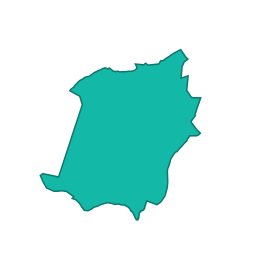 Jos East, Plateau, Nigeria, rotated 204°
{"feature_id": "59680162B89640587380951", "entity_name": "Jos East", "entity_type": "district", "adm_level": 2, "iso_a3": "NGA", "parent_name": "Nigeria", "parent_adm1": "Plateau", "projection": "robinson", "projection_center": [9.087, 9.867], "detail": "fine", "context": "isolated", "style": "filled", "palette": "teal", "viewbox_px": 256, "rotation_deg": 204, "n_neighbors": 0, "source": "geoboundaries", "source_scale": "gbopen_adm2", "svg_char_len": 2310}
<svg xmlns="http://www.w3.org/2000/svg" viewBox="0 0 256 256"><g transform="rotate(204 128 128)"><path d="M196.2,138.3L185.0,137.4L179.2,130.7L178.5,123.7L175.9,97.9L173.8,77.9L171.5,55.1L187.3,51.6L188.8,48.9L184.4,45.0L184.2,44.7L178.1,40.1L170.0,40.1L166.8,41.5L165.0,42.6L162.2,44.0L158.2,45.0L149.6,43.2L150.3,41.0L148.2,41.1L146.4,41.2L145.5,40.9L143.6,40.2L141.8,39.5L140.7,38.7L139.2,37.9L138.0,37.0L137.9,36.9L136.7,36.2L134.7,35.1L133.0,35.4L130.7,36.3L128.9,38.5L128.1,39.7L127.4,40.9L126.5,42.2L124.5,43.7L124.1,44.1L123.2,45.1L122.8,45.7L122.1,46.5L121.3,47.3L119.4,49.0L117.9,50.2L116.6,51.4L113.0,52.3L112.6,52.4L111.7,52.6L109.4,52.7L109.2,52.7L107.6,53.7L106.8,54.1L105.2,54.8L103.5,54.9L100.3,56.0L97.9,56.1L95.3,55.7L93.2,54.8L91.7,53.4L89.8,52.9L88.6,52.2L87.4,51.2L85.0,49.0L83.1,47.6L82.7,48.1L82.4,48.2L82.0,48.3L81.7,48.1L81.5,48.5L81.7,49.1L82.1,49.4L81.9,50.0L81.6,50.4L81.7,50.9L82.2,51.4L82.2,52.3L82.4,53.0L82.7,53.4L83.0,54.1L82.8,56.0L82.3,56.7L82.4,57.2L82.5,57.7L82.2,57.8L81.7,57.9L81.3,58.4L80.9,58.9L80.6,59.2L80.6,60.0L80.4,60.1L80.2,60.7L80.4,60.9L80.2,61.2L80.3,62.1L80.6,62.7L80.9,63.2L80.6,63.4L81.2,69.0L80.0,69.1L70.4,69.7L68.1,73.5L67.4,76.4L66.7,80.2L66.8,83.0L67.9,89.5L68.8,92.2L69.0,92.8L69.8,95.0L72.5,100.5L74.3,104.2L75.2,106.9L75.4,111.6L76.4,117.2L75.8,121.0L75.1,124.7L73.5,126.7L72.8,129.5L72.3,131.2L71.5,133.0L70.6,136.2L69.1,140.0L69.2,141.9L68.5,145.9L62.1,148.8L60.5,150.8L59.8,152.7L64.8,154.6L72.8,159.1L73.0,160.1L71.6,166.2L72.4,169.1L73.1,175.5L73.2,177.0L73.8,185.1L81.5,181.9L83.0,182.0L89.0,185.9L89.6,186.1L94.3,200.1L99.8,195.1L103.3,205.3L103.5,205.6L103.6,210.9L101.3,215.3L104.1,216.3L111.5,220.9L111.9,220.9L116.9,214.5L116.9,214.3L122.7,205.1L123.0,203.9L125.5,202.6L125.9,199.0L135.3,193.6L138.2,194.3L139.4,192.1L147.3,189.4L145.0,187.5L144.2,185.9L145.0,184.0L145.6,183.3L146.6,182.1L148.2,181.1L148.8,180.8L150.6,180.0L152.2,179.0L154.5,177.8L158.7,175.8L160.3,175.8L162.3,174.5L164.7,174.0L164.9,173.9L166.5,174.5L169.4,175.2L170.6,173.8L173.4,173.7L175.4,171.8L177.1,169.7L178.5,168.2L180.1,166.3L180.7,165.7L181.5,164.6L182.5,162.8L184.3,159.5L185.9,158.4L188.3,156.5L188.6,155.7L189.1,154.6L191.4,151.7L192.4,149.2L193.6,145.9L194.3,143.1L195.9,140.2L196.2,138.3Z" fill="#14b8a6" stroke="#0f766e" stroke-width="1.5"/></g></svg>